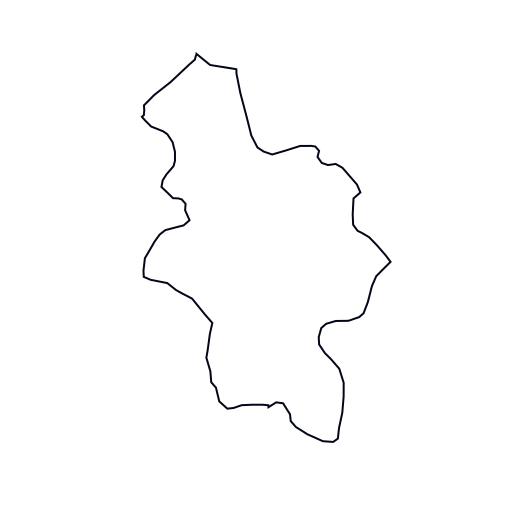 the border of Strumitsa, rotated 229°
{"feature_id": "MKD-2993", "entity_name": "Strumitsa", "entity_type": "Statistical Region", "adm_level": 1, "iso_a3": "MKD", "parent_name": "North Macedonia", "parent_adm1": "", "projection": "natural_earth1", "projection_center": [22.63, 41.401], "detail": "fine", "context": "isolated", "style": "outline", "palette": "ink", "viewbox_px": 512, "rotation_deg": 229, "n_neighbors": 0, "source": "natural_earth", "source_scale": "10m", "svg_char_len": 1622}
<svg xmlns="http://www.w3.org/2000/svg" viewBox="0 0 512 512"><g transform="rotate(229 256 256)"><path d="M447.5,343.7L430.2,346.7L409.9,363.7L406.4,360.9L389.3,351.1L368.1,340.7L350.0,331.5L337.0,328.3L329.8,330.3L322.0,334.8L316.3,347.2L310.1,361.5L302.8,370.0L299.7,372.6L294.0,372.6L290.4,367.4L283.1,366.7L277.4,370.0L273.2,376.5L266.0,379.1L256.1,379.1L243.7,379.1L235.5,376.5L235.5,367.4L224.0,356.3L215.8,349.8L208.4,349.2L203.8,351.1L196.0,353.7L185.1,354.3L171.1,354.3L163.3,353.7L162.9,347.2L161.9,333.5L157.2,323.7L147.8,310.1L142.2,299.6L142.2,293.8L146.4,283.3L154.6,273.6L158.8,264.5L158.8,258.0L153.6,250.1L147.8,245.6L137.5,244.3L129.2,244.9L116.3,244.9L102.8,239.0L92.4,229.9L81.0,218.2L71.7,205.8L64.5,198.0L64.8,194.4L65.1,192.2L72.3,185.0L87.8,177.8L100.8,173.9L108.6,173.9L114.2,177.8L127.1,179.8L132.3,175.2L133.7,166.2L135.3,167.4L139.3,163.5L146.6,155.1L152.8,147.3L156.0,139.4L159.6,134.2L170.4,132.9L182.9,139.4L190.1,139.4L198.9,145.9L211.8,151.8L216.6,157.7L227.4,170.0L234.1,179.1L245.5,179.1L265.8,179.8L275.6,175.9L282.8,173.3L293.7,171.3L307.1,160.9L313.9,157.6L318.8,161.5L327.2,170.7L329.8,178.5L333.4,188.9L335.4,197.4L335.0,204.6L330.2,214.3L326.6,221.5L326.6,229.3L330.8,230.6L337.0,232.5L341.6,237.1L347.4,237.1L350.4,235.2L354.1,231.3L363.3,230.6L370.1,229.9L374.3,235.2L376.3,241.7L377.9,252.7L381.0,257.3L387.8,263.2L396.6,267.7L406.0,269.0L411.1,267.7L417.3,264.5L422.5,261.8L431.3,261.2L435.9,261.2L435.9,263.8L439.1,267.1L443.2,270.3L444.3,284.6L443.3,305.5L444.3,331.5L444.3,338.7L446.2,341.4L447.3,343.5L447.5,343.7Z" fill="none" stroke="#020617" stroke-width="2"/></g></svg>